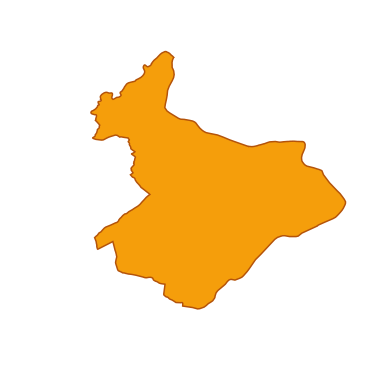 outline of Flandes, Tolima, Colombia, rotated 37°
{"feature_id": "7082276B85738842293141", "entity_name": "Flandes", "entity_type": "district", "adm_level": 2, "iso_a3": "COL", "parent_name": "Colombia", "parent_adm1": "Tolima", "projection": "albers", "projection_center": [-74.854, 4.24], "detail": "fine", "context": "isolated", "style": "filled", "palette": "amber", "viewbox_px": 384, "rotation_deg": 37, "n_neighbors": 0, "source": "geoboundaries", "source_scale": "gbopen_adm2", "svg_char_len": 5912}
<svg xmlns="http://www.w3.org/2000/svg" viewBox="0 0 384 384"><g transform="rotate(37 192 192)"><path d="M282.4,96.9L279.7,97.6L278.8,98.0L274.7,99.4L269.8,101.5L268.1,102.2L266.1,102.4L264.5,102.2L263.5,101.9L262.4,101.6L261.0,101.0L260.2,100.2L259.0,98.9L258.5,98.1L257.9,96.8L257.4,95.7L256.7,92.8L255.9,89.7L255.5,88.6L254.3,86.7L253.8,86.0L253.2,85.5L252.6,85.2L252.0,84.9L251.6,84.9L251.3,84.8L250.8,84.9L250.1,85.1L245.5,88.4L242.8,90.1L239.8,92.5L238.4,93.8L237.6,94.4L235.1,96.6L232.8,98.8L231.7,99.7L228.2,101.5L224.7,104.5L224.0,105.1L222.8,106.7L220.8,109.8L220.1,110.6L218.5,112.8L217.2,114.3L216.3,115.7L215.5,116.7L214.1,118.3L212.6,119.7L211.2,120.6L210.2,121.2L209.2,121.7L209.3,121.8L195.5,126.2L190.6,127.7L184.3,129.3L178.1,131.1L169.5,135.2L167.5,136.1L165.2,136.5L163.1,136.6L159.9,136.3L156.3,135.4L153.7,134.6L152.0,134.5L149.9,134.9L146.8,136.3L141.9,138.8L140.6,139.7L139.1,140.7L136.8,141.3L126.4,142.3L123.2,142.3L119.5,141.0L117.7,137.6L115.7,133.2L113.8,129.5L111.4,125.6L110.1,121.1L109.2,115.0L108.5,111.8L107.1,109.0L104.5,106.3L102.2,105.0L101.2,104.5L99.9,102.8L98.1,100.6L97.0,98.3L96.4,95.9L96.5,95.5L94.7,95.2L93.3,95.2L90.6,94.8L88.8,95.0L87.9,95.3L86.9,95.4L86.0,96.0L85.8,96.3L84.3,99.1L83.8,101.0L83.5,103.5L83.2,106.4L83.0,107.1L82.7,108.4L82.4,109.7L82.3,112.2L82.4,114.0L82.6,114.0L82.7,115.0L82.7,115.8L82.4,116.7L81.9,117.7L81.5,118.4L81.2,118.7L80.9,118.8L80.1,118.9L78.6,118.8L77.9,118.9L77.7,119.1L77.5,119.3L77.5,120.2L77.6,120.9L77.8,121.3L78.4,122.2L81.3,123.8L82.0,124.7L82.4,125.5L82.7,127.0L82.7,129.0L82.2,131.3L81.0,134.0L80.0,135.9L79.9,136.1L79.8,137.4L79.8,137.7L79.5,138.2L76.7,141.6L75.7,142.9L75.2,143.9L74.9,144.8L74.8,145.2L74.9,149.1L75.2,150.3L75.2,151.2L75.3,153.6L75.2,154.0L74.7,155.4L74.7,155.6L74.8,155.8L75.2,156.3L75.6,156.6L76.5,156.9L77.1,157.3L77.2,157.5L77.2,158.7L76.7,159.9L76.2,160.6L75.0,161.7L74.7,162.2L74.5,162.9L74.4,163.3L74.0,163.9L73.6,164.9L73.4,165.3L73.1,165.6L72.3,165.5L71.6,165.3L71.3,165.0L70.6,163.9L70.3,162.9L69.8,162.0L69.3,161.4L69.0,161.2L68.7,161.2L68.2,161.3L67.3,162.0L66.3,162.9L64.1,163.6L63.5,164.0L63.0,164.5L62.5,165.2L62.1,165.9L61.7,167.0L61.2,168.5L61.2,169.5L61.2,170.4L61.4,171.0L61.7,171.4L62.9,172.4L63.2,172.8L63.2,173.0L63.8,173.0L64.0,173.2L64.4,173.5L64.4,173.9L64.2,174.6L63.7,175.1L62.9,176.0L62.8,176.6L63.6,177.4L65.2,178.0L65.3,178.6L64.7,179.4L64.8,180.1L65.2,181.1L65.0,183.7L64.0,186.5L63.3,187.6L63.2,188.6L63.5,189.4L64.1,189.8L65.1,189.8L67.6,188.9L68.7,188.2L69.3,188.1L69.9,188.6L70.3,189.3L71.1,191.4L71.6,192.0L71.7,192.9L74.4,193.3L78.1,194.1L78.1,194.6L78.3,195.1L78.7,195.7L79.0,196.0L79.2,196.4L79.2,196.8L79.2,197.4L79.0,198.3L78.9,199.1L79.3,199.7L80.2,202.1L80.3,202.9L80.3,204.6L80.9,205.4L80.9,206.3L80.3,207.8L80.1,208.3L80.2,208.6L80.5,208.7L81.6,208.5L83.6,207.8L88.3,205.1L88.9,204.6L89.6,204.0L90.3,202.8L91.3,200.6L92.5,198.3L93.8,196.4L96.5,192.7L98.1,191.8L101.3,191.6L102.0,190.7L105.2,189.1L108.4,187.3L109.4,187.8L110.3,187.8L110.6,188.1L110.7,188.5L110.7,189.0L110.7,189.9L110.8,190.2L111.0,190.3L112.1,190.5L112.8,190.8L113.0,191.1L113.3,191.7L113.5,191.9L114.1,192.2L115.4,192.7L116.4,193.4L117.1,194.2L117.4,194.3L118.7,194.3L120.1,194.3L121.4,194.2L122.2,194.2L122.2,194.7L121.6,196.3L120.9,197.6L120.8,197.8L120.9,198.0L121.2,198.1L124.6,198.0L125.8,198.2L126.5,200.2L126.9,200.9L127.3,201.9L127.4,202.7L127.5,203.2L128.1,203.4L128.2,203.6L128.2,204.3L128.3,204.4L128.9,204.6L129.4,205.1L129.3,205.6L129.2,207.3L129.0,208.8L129.1,209.8L129.9,210.2L130.1,210.4L130.1,210.6L130.1,211.0L132.9,212.0L133.3,212.2L133.3,212.8L132.5,215.3L135.4,215.9L135.9,215.8L137.2,215.5L137.8,215.5L138.2,215.6L138.5,215.8L139.0,216.2L139.6,216.6L141.8,217.4L146.4,218.3L148.5,219.0L152.1,219.0L156.0,219.1L158.6,219.1L159.9,219.3L159.4,220.7L158.7,223.8L158.4,227.4L158.1,230.0L157.9,233.3L157.6,234.6L157.2,236.1L156.0,239.1L155.0,242.0L153.4,245.7L152.8,248.4L152.4,249.1L151.8,249.7L151.5,250.1L150.9,252.4L150.7,255.2L150.4,256.5L150.4,258.4L150.7,259.2L150.6,260.8L150.3,261.5L149.3,263.0L146.9,267.5L144.2,272.0L143.7,273.6L143.4,276.4L143.3,278.3L143.1,279.1L142.4,280.5L142.4,283.6L142.0,285.0L141.7,287.1L142.3,287.4L145.3,289.3L146.4,290.4L148.2,291.9L148.3,292.3L149.3,293.3L150.8,294.4L151.2,294.4L158.6,279.2L160.9,281.0L165.6,284.8L167.1,285.8L169.1,287.4L169.7,288.0L170.7,288.8L171.0,289.2L172.2,292.0L173.1,293.8L173.3,294.2L174.1,295.0L179.4,298.8L180.2,299.1L180.6,299.2L183.3,298.6L184.1,298.4L184.8,298.4L185.3,298.3L185.5,298.2L186.6,297.4L187.9,297.0L188.4,296.7L189.4,296.3L190.9,295.6L191.8,295.0L193.6,294.0L197.3,292.2L204.0,289.4L205.8,288.8L207.0,288.1L207.6,287.5L208.3,286.8L208.8,286.2L210.2,285.1L211.3,284.6L212.2,284.5L212.6,284.5L213.3,284.9L213.7,285.2L214.2,285.4L214.9,285.4L216.5,285.2L218.3,284.6L220.5,284.5L221.8,284.1L223.4,283.3L225.9,281.9L226.2,282.3L230.8,290.4L231.4,291.1L233.0,291.3L233.8,291.3L234.5,291.3L235.7,290.7L237.0,290.7L237.4,290.8L238.2,290.9L239.1,290.8L240.9,290.3L242.6,290.1L245.7,289.9L249.5,287.3L250.6,286.3L250.8,286.2L251.0,286.2L251.4,286.4L251.7,286.6L253.2,288.7L262.0,283.9L266.8,282.0L268.4,280.5L270.9,276.7L271.7,274.1L272.2,271.3L273.3,268.6L274.0,266.4L273.9,263.2L273.5,261.9L273.1,261.4L272.0,258.3L271.9,256.3L272.0,254.9L273.9,246.6L274.1,245.5L274.1,242.4L274.4,240.3L275.0,239.1L275.8,238.2L277.8,237.2L279.3,236.5L282.0,232.2L283.1,230.0L283.5,227.9L283.9,222.5L283.9,219.2L283.4,207.8L284.1,203.0L284.5,200.0L286.6,180.0L287.6,176.8L289.6,173.8L290.7,172.4L292.5,171.0L296.7,168.9L302.0,164.9L303.4,163.2L303.9,161.1L304.5,158.7L312.5,143.8L312.4,143.7L312.7,143.0L312.7,142.6L313.1,141.8L315.8,136.9L320.6,128.5L321.8,125.8L322.2,123.5L322.5,120.8L322.7,118.5L322.8,116.1L322.6,113.7L322.0,110.6L321.5,108.9L320.5,107.4L318.0,106.2L314.8,105.2L311.2,104.2L307.3,103.7L296.3,101.9L286.6,99.1L283.1,96.9L282.4,96.9Z" fill="#f59e0b" stroke="#b45309" stroke-width="1.5"/></g></svg>